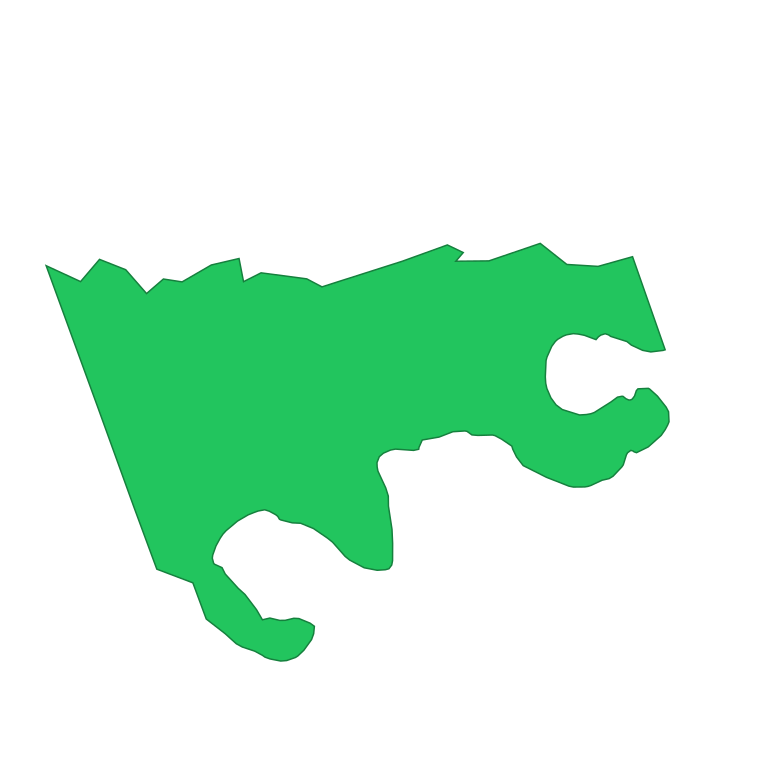 the district of East Carroll, Louisiana, United States of America, rotated 70°
{"feature_id": "52423323B62370676746754", "entity_name": "East Carroll", "entity_type": "district", "adm_level": 2, "iso_a3": "USA", "parent_name": "United States of America", "parent_adm1": "Louisiana", "projection": "mercator", "projection_center": [-91.146, 32.771], "detail": "fine", "context": "isolated", "style": "filled", "palette": "green", "viewbox_px": 768, "rotation_deg": 70, "n_neighbors": 0, "source": "geoboundaries", "source_scale": "gbopen_adm2", "svg_char_len": 2438}
<svg xmlns="http://www.w3.org/2000/svg" viewBox="0 0 768 768"><g transform="rotate(70 384 384)"><path d="M544.0,631.4L544.5,631.1L564.4,618.6L570.3,615.5L577.6,611.6L582.7,607.1L590.7,597.0L597.4,591.0L599.9,589.3L603.4,585.1L609.0,575.8L610.6,570.0L610.7,560.7L610.1,558.0L606.8,550.4L599.4,539.5L594.6,535.5L587.9,532.3L583.5,535.2L575.3,544.2L573.3,548.9L572.3,557.6L570.5,562.8L564.9,571.3L564.0,578.9L552.4,581.0L534.3,586.6L526.1,590.9L508.2,598.2L501.2,599.0L495.3,605.0L494.1,605.4L488.9,604.9L486.1,603.4L478.7,597.3L472.9,590.7L470.0,586.7L467.8,582.5L462.7,568.5L460.5,556.4L460.3,550.4L460.3,545.7L461.4,539.1L462.0,538.3L464.3,535.3L469.7,530.5L472.0,529.1L475.3,528.5L476.4,527.5L483.1,517.7L486.3,510.0L495.7,499.7L509.5,489.8L515.1,486.4L532.7,479.5L537.8,476.4L549.9,465.5L556.7,454.1L559.0,446.2L559.3,442.6L556.8,438.7L553.0,436.4L536.7,430.4L523.3,426.2L500.3,421.6L490.8,418.3L482.3,417.9L463.8,419.5L459.6,418.8L455.5,417.5L450.7,413.3L448.8,408.2L448.3,400.4L449.1,395.5L456.5,378.9L457.2,373.7L455.5,372.8L449.7,367.2L452.7,350.4L452.4,335.6L455.8,324.0L456.9,322.2L461.9,318.8L464.4,313.4L469.0,299.6L470.5,297.3L476.1,292.3L486.1,285.1L489.3,285.3L497.9,284.4L508.3,281.1L527.2,263.3L543.2,245.2L545.6,241.3L549.4,230.5L550.0,227.3L550.0,227.1L550.1,224.2L549.0,212.1L549.9,204.8L549.0,200.3L543.3,188.9L541.8,186.8L533.4,180.4L531.9,178.6L530.8,174.8L532.0,173.0L533.3,172.2L534.9,170.2L533.5,157.2L527.1,141.1L523.0,135.3L519.6,131.5L517.0,129.1L507.4,126.1L502.2,126.8L488.9,131.2L479.6,136.1L478.5,137.1L475.4,147.0L476.5,149.1L481.0,152.7L483.1,155.9L483.3,157.8L482.8,159.4L480.7,161.6L477.4,163.6L476.9,164.6L476.2,169.1L478.5,176.9L482.7,196.1L482.7,199.8L481.9,204.3L480.0,210.8L469.0,225.2L462.4,229.5L454.1,231.9L443.9,232.5L438.7,231.8L432.5,230.0L417.4,223.7L414.4,221.6L406.0,213.5L402.6,208.4L401.4,205.5L400.3,199.4L400.2,195.7L401.4,188.9L403.5,184.4L406.8,179.0L414.8,169.6L413.0,166.4L412.2,163.6L412.4,159.0L414.6,156.2L416.8,154.7L427.2,141.2L432.0,138.3L440.8,129.5L445.1,122.3L447.9,110.3L448.0,108.1L349.4,106.9L346.7,142.6L334.2,171.3L305.3,189.1L304.2,243.3L293.2,274.5L287.6,264.6L275.0,276.9L274.9,324.7L271.5,409.1L258.8,420.6L237.5,461.5L239.8,481.0L216.5,477.3L213.1,505.6L219.0,538.8L209.9,555.4L217.8,576.2L188.3,587.6L169.6,608.7L184.0,634.1L157.3,661.0L307.8,660.9L414.1,661.1L480.3,660.8L505.5,631.6L544.0,631.4Z" fill="#22c55e" stroke="#15803d" stroke-width="1.5"/></g></svg>